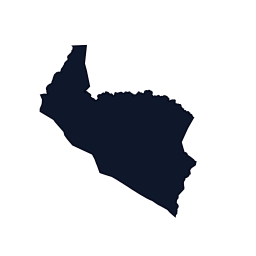 Dadal, Hentiy, Mongolia, rotated 231°
{"feature_id": "93677404B34451829621413", "entity_name": "Dadal", "entity_type": "district", "adm_level": 2, "iso_a3": "MNG", "parent_name": "Mongolia", "parent_adm1": "Hentiy", "projection": "equal_earth", "projection_center": [111.511, 49.05], "detail": "fine", "context": "isolated", "style": "filled", "palette": "ink", "viewbox_px": 256, "rotation_deg": 231, "n_neighbors": 0, "source": "geoboundaries", "source_scale": "gbopen_adm2", "svg_char_len": 5838}
<svg xmlns="http://www.w3.org/2000/svg" viewBox="0 0 256 256"><g transform="rotate(231 128 128)"><path d="M131.4,173.6L131.4,173.1L131.8,172.7L132.6,172.3L133.6,172.3L133.9,172.1L134.1,171.8L134.1,171.3L134.4,170.8L134.3,170.3L134.4,170.1L134.6,169.8L135.4,169.3L136.1,168.6L135.8,167.8L135.8,167.5L136.1,167.1L136.5,166.9L136.8,166.9L137.5,167.3L138.4,167.1L138.7,167.2L139.8,168.0L139.9,168.5L140.0,168.7L141.0,169.2L142.3,168.8L142.4,168.7L142.3,168.2L142.7,168.1L143.6,168.2L143.9,167.9L144.0,167.8L144.0,167.3L143.7,167.0L144.5,166.5L145.0,166.0L145.2,165.9L145.5,165.2L145.8,164.6L145.6,164.0L144.7,162.6L144.6,161.8L144.7,161.3L145.0,160.9L145.6,160.6L145.9,160.5L146.5,160.4L147.9,158.9L148.1,158.8L148.9,159.1L149.0,159.0L149.2,158.8L149.2,158.4L148.7,157.6L148.6,157.4L148.8,156.6L148.7,156.3L148.3,155.6L148.3,155.3L148.4,155.2L149.7,153.4L149.6,153.1L149.3,152.8L149.3,152.7L149.6,152.6L150.3,152.7L151.1,152.9L151.5,152.7L151.8,152.3L151.9,152.2L152.6,152.2L153.3,152.0L153.6,151.8L153.9,151.7L154.7,151.8L155.0,151.6L155.2,151.4L155.2,151.2L155.2,150.6L155.0,150.3L155.1,150.1L155.6,149.8L156.3,149.6L156.6,149.3L157.4,148.5L157.4,148.2L157.1,147.2L157.1,146.7L157.1,146.4L158.2,145.7L158.7,145.6L159.0,145.3L159.7,145.2L159.8,145.1L160.0,144.9L160.2,144.4L160.5,143.8L160.8,143.1L161.1,142.2L161.8,141.1L163.0,140.6L163.2,140.4L163.2,140.0L163.1,139.7L162.7,139.5L162.1,139.2L162.1,138.1L161.8,137.7L161.7,137.2L161.8,136.9L162.2,136.5L162.7,136.3L163.5,136.6L164.7,136.5L164.9,136.3L164.8,135.9L164.9,135.7L164.7,135.4L164.8,135.3L165.2,135.1L165.9,135.1L166.1,135.0L166.3,134.7L166.4,134.3L166.5,134.2L167.0,134.2L167.2,134.7L167.3,134.8L167.7,134.8L168.2,134.6L169.8,133.5L169.8,133.2L169.2,132.8L169.2,132.7L169.2,132.3L169.2,131.7L169.3,131.4L169.5,131.2L170.3,131.0L170.5,130.6L170.5,129.9L170.8,129.7L170.5,128.8L170.5,128.1L170.6,127.9L171.2,127.3L171.6,126.7L172.0,126.4L172.0,126.2L171.9,125.4L171.9,124.8L171.8,124.6L171.4,124.4L170.6,124.5L170.0,123.8L169.0,123.3L168.9,123.0L169.2,122.4L168.8,121.7L168.9,121.2L169.3,120.8L169.5,120.1L169.7,119.9L170.7,119.7L170.8,119.6L170.9,119.1L171.1,119.0L171.3,119.0L171.4,119.5L171.9,119.6L172.3,119.6L172.9,119.0L173.7,118.7L174.4,118.6L174.9,118.4L175.6,118.2L176.3,118.5L176.6,118.8L176.8,119.2L177.1,119.6L177.9,119.6L178.7,119.5L179.7,119.0L181.4,118.8L182.2,118.5L182.3,118.3L182.4,118.2L182.3,117.8L182.4,117.5L182.5,117.2L183.2,116.9L183.8,117.2L184.7,124.2L199.2,131.7L205.6,134.5L218.3,147.3L226.3,136.6L225.3,136.6L223.0,134.1L223.2,133.3L222.8,133.1L222.6,132.9L221.8,130.8L221.7,130.1L221.8,129.3L221.5,127.9L221.6,127.4L221.5,126.8L221.2,126.2L220.8,125.8L220.2,125.6L219.2,125.0L218.3,124.0L218.2,123.7L218.4,122.3L218.4,121.6L218.2,120.9L218.1,120.4L218.0,119.8L217.9,119.5L217.4,119.2L216.9,118.1L216.5,116.7L216.3,116.4L216.1,116.2L215.5,113.5L213.9,111.5L213.8,111.1L213.8,110.6L214.1,110.0L214.3,109.5L214.9,109.0L215.2,108.6L215.2,108.0L215.7,107.2L215.7,106.9L215.4,106.4L215.3,106.1L215.5,105.8L215.5,105.1L215.4,104.5L214.0,102.1L212.5,100.0L211.7,98.4L210.8,97.4L210.6,96.8L210.5,96.2L210.6,95.7L210.9,95.1L210.9,94.6L211.0,94.1L211.1,93.7L211.0,93.2L211.1,92.1L211.0,91.6L210.6,90.9L210.5,90.5L210.0,90.2L210.1,89.8L209.5,89.4L209.2,89.1L208.7,89.0L208.1,88.8L207.4,88.1L206.4,87.6L205.0,87.2L205.1,86.0L207.0,83.9L208.5,81.0L207.0,80.6L204.2,79.8L203.8,79.6L202.5,78.5L200.6,76.6L200.1,75.9L199.6,75.1L198.8,73.5L197.9,71.9L196.4,70.7L196.1,70.4L181.4,75.8L178.3,75.6L165.3,76.1L162.2,74.6L157.5,74.3L149.6,74.5L130.1,84.1L124.5,83.0L120.0,81.4L117.8,80.8L111.0,78.4L105.8,81.7L100.6,85.2L95.9,87.0L82.4,91.6L77.5,93.1L75.9,93.7L70.3,95.6L62.4,98.6L58.8,100.2L56.7,101.4L49.6,103.6L46.3,105.1L39.8,107.7L36.0,107.9L29.7,109.0L30.9,110.4L31.0,110.6L30.9,111.0L31.1,111.8L31.3,112.3L32.0,112.6L32.3,112.9L32.6,113.5L32.9,113.8L34.1,114.5L34.5,115.0L35.2,116.9L35.5,117.4L35.9,117.7L36.7,118.0L37.3,118.1L38.5,118.0L39.1,118.1L39.7,118.3L40.2,118.7L41.2,119.7L41.9,120.7L42.1,121.7L42.2,122.4L42.4,122.7L43.1,123.5L43.4,123.7L43.7,123.8L44.5,124.6L45.7,132.9L46.7,133.8L47.3,134.1L49.7,135.6L51.3,136.9L51.6,137.4L52.4,139.5L52.8,140.1L53.7,140.7L53.8,140.9L53.0,142.5L52.8,144.2L53.0,145.2L53.2,145.6L53.5,145.7L53.6,146.1L53.7,146.7L53.4,147.4L53.9,147.8L54.9,148.1L55.6,148.7L55.8,148.8L56.2,148.7L56.5,148.8L57.5,152.0L57.1,157.0L59.1,159.4L59.4,159.1L60.0,158.9L60.6,158.6L61.6,158.8L62.5,158.7L62.9,158.5L64.4,158.3L64.8,158.1L65.2,158.0L65.6,158.0L66.4,157.7L66.8,157.7L67.0,157.5L68.2,157.2L68.4,157.0L68.8,156.9L69.3,157.0L70.0,157.0L70.7,157.3L71.5,157.4L71.8,157.3L71.9,157.1L72.1,157.2L72.4,157.1L72.8,156.8L72.8,156.6L73.4,155.9L83.7,160.3L90.6,174.1L94.8,184.9L94.9,185.3L95.5,185.1L96.7,185.3L97.3,185.2L97.6,185.3L97.9,185.6L98.3,185.6L98.5,185.6L99.0,185.0L99.4,184.7L100.4,185.1L100.7,185.2L100.8,184.9L100.5,184.4L101.1,184.4L101.7,184.9L102.2,185.0L102.5,185.0L102.7,184.9L103.0,184.6L102.9,184.1L102.8,183.9L102.8,183.7L103.1,183.4L105.0,183.4L105.4,183.3L105.5,183.2L105.3,182.5L105.5,182.3L105.7,182.2L106.4,182.3L107.5,182.3L107.5,182.6L107.8,182.9L108.5,182.4L109.2,182.4L109.2,182.2L109.1,181.9L109.9,181.9L110.2,182.4L111.3,182.5L112.2,183.0L112.5,183.2L113.0,183.3L113.3,183.1L113.5,182.7L114.9,181.8L115.0,181.3L115.2,181.0L115.9,180.9L116.1,180.8L116.4,180.3L116.6,180.1L117.7,179.8L118.0,179.9L118.3,180.5L119.1,180.9L119.2,181.3L119.4,181.6L119.9,181.8L120.3,181.8L120.4,181.7L120.6,181.5L121.0,180.7L121.6,180.2L121.9,179.8L122.0,179.3L122.3,178.7L122.4,178.3L122.4,177.4L122.7,176.9L122.9,176.8L123.1,176.9L123.8,176.5L124.2,176.5L124.3,176.7L124.3,177.3L125.2,178.0L125.5,178.0L125.8,177.8L126.4,177.6L126.7,177.9L127.9,177.8L128.4,177.5L129.3,177.1L129.9,176.6L130.2,176.2L130.4,175.6L130.4,175.0L130.5,174.3L131.2,174.0L131.3,173.9L131.4,173.6Z" fill="#0f172a" stroke="#020617" stroke-width="1.5"/></g></svg>